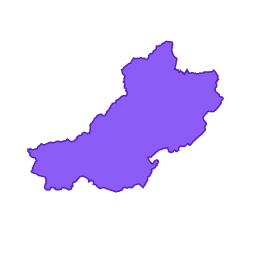 outline of Dak Ha, Kon Tum, Vietnam, rotated 224°
{"feature_id": "81297802B44208556699353", "entity_name": "Dak Ha", "entity_type": "district", "adm_level": 2, "iso_a3": "VNM", "parent_name": "Vietnam", "parent_adm1": "Kon Tum", "projection": "robinson", "projection_center": [108.001, 14.613], "detail": "fine", "context": "isolated", "style": "filled", "palette": "violet", "viewbox_px": 256, "rotation_deg": 224, "n_neighbors": 0, "source": "geoboundaries", "source_scale": "gbopen_adm2", "svg_char_len": 5812}
<svg xmlns="http://www.w3.org/2000/svg" viewBox="0 0 256 256"><g transform="rotate(224 128 128)"><path d="M185.3,43.2L184.2,42.6L183.7,41.6L180.8,42.0L180.4,40.6L179.4,40.3L177.9,40.1L175.9,40.6L174.4,42.1L173.2,41.6L170.9,41.3L171.2,39.2L170.6,38.5L170.6,37.5L169.9,36.5L169.8,35.2L169.1,34.2L169.0,32.8L167.7,32.3L167.6,29.9L167.2,29.4L165.7,29.4L164.9,30.2L163.8,30.2L162.4,31.5L161.8,31.7L159.8,31.5L154.7,34.6L153.6,35.1L152.0,34.4L151.6,34.5L151.0,34.0L150.9,33.5L150.1,32.6L149.0,32.4L148.8,31.5L148.2,31.1L148.7,30.4L148.6,30.1L148.1,29.6L146.8,27.3L146.0,26.9L144.7,26.8L143.4,27.0L141.3,29.1L141.5,29.7L141.6,31.0L142.2,31.8L142.0,32.3L139.2,33.6L138.7,34.1L138.0,33.4L137.5,33.4L136.7,33.9L136.4,34.4L135.6,34.6L135.1,35.3L134.9,36.1L134.2,36.3L133.4,37.5L133.9,38.8L133.8,39.5L131.1,41.4L129.8,41.9L128.9,41.9L127.5,42.6L126.6,44.1L126.5,44.9L127.0,46.0L128.1,46.3L128.0,47.1L127.3,47.5L127.3,48.1L128.2,48.6L129.2,49.4L129.6,50.6L129.2,51.4L128.6,52.1L128.7,53.1L128.0,54.1L128.9,55.6L128.9,56.2L128.3,57.1L128.9,58.4L128.9,59.0L128.7,59.9L128.1,60.3L127.4,61.8L124.3,63.2L120.9,63.6L120.3,63.3L118.9,61.9L118.5,62.4L118.5,64.2L118.1,65.0L117.3,64.8L116.7,65.2L115.9,65.5L115.3,65.4L113.9,63.3L111.6,65.1L110.5,64.5L106.2,64.9L104.1,68.4L101.0,69.5L91.9,74.0L91.3,75.7L90.4,76.4L90.3,77.2L89.2,79.4L89.3,80.0L89.9,80.8L89.7,82.4L88.5,83.5L86.9,84.0L86.0,86.3L84.5,87.0L83.8,87.6L83.4,89.8L83.8,91.1L83.7,91.6L81.3,95.5L75.8,95.7L76.2,96.8L76.2,98.0L76.4,99.3L77.1,100.3L77.0,101.4L77.5,102.5L77.4,103.7L79.2,105.6L79.7,106.5L79.4,107.9L79.0,108.6L80.0,111.0L79.9,112.1L81.4,114.0L82.2,113.9L82.3,114.1L81.9,115.7L81.3,116.6L81.4,117.4L81.0,118.4L81.5,119.9L81.2,121.1L81.9,121.1L82.2,121.6L81.9,123.0L82.3,123.8L82.3,124.3L83.5,125.4L85.2,125.1L85.9,122.4L85.3,119.7L85.5,119.1L86.0,118.9L86.7,118.9L87.4,119.2L87.9,118.8L90.8,119.6L93.2,120.5L92.8,120.8L92.4,122.5L91.0,123.1L91.4,125.8L90.9,127.5L90.9,128.7L91.2,129.8L90.6,131.2L90.4,133.9L89.3,135.5L88.3,137.7L85.7,141.2L82.1,139.4L81.3,139.5L79.6,140.9L79.2,141.9L79.2,144.4L78.5,144.8L77.2,144.5L76.8,144.7L76.4,145.7L76.4,146.9L76.1,147.2L76.6,147.9L77.5,148.5L77.9,150.9L77.8,151.5L77.6,151.8L76.6,152.1L75.8,152.9L75.2,153.3L74.9,153.9L74.5,154.1L74.3,154.8L74.4,156.0L74.2,158.0L73.9,158.6L72.5,158.1L71.3,158.8L71.7,163.8L71.3,169.2L71.4,170.8L70.8,173.8L70.7,175.4L71.0,180.1L71.6,180.9L73.7,182.1L74.2,185.2L75.2,185.4L75.8,186.2L76.9,185.8L77.7,186.3L78.9,186.2L81.1,187.3L81.9,190.8L81.6,192.8L82.1,194.4L82.0,195.3L81.1,196.3L78.2,198.8L77.7,200.1L77.4,202.8L77.5,205.2L78.2,210.6L78.9,211.1L79.6,212.0L79.9,215.1L80.1,215.4L80.5,215.6L81.8,215.2L82.1,215.5L82.4,215.1L84.0,214.4L85.7,215.5L86.1,215.3L87.9,215.4L89.0,215.0L90.7,215.3L91.7,216.1L92.5,216.1L92.5,216.9L92.9,217.4L93.0,219.3L93.5,219.6L93.8,220.2L94.8,221.1L96.4,221.3L96.3,222.1L96.8,223.1L96.3,223.0L96.2,223.1L96.9,224.6L96.6,225.6L97.3,225.8L97.9,226.3L98.2,226.2L98.7,226.6L99.3,227.8L100.0,228.2L100.9,227.8L102.9,228.8L106.3,229.2L106.5,229.2L106.5,226.9L111.4,221.7L112.1,221.4L112.0,219.8L114.6,217.3L114.8,216.5L116.0,214.7L116.8,214.2L117.6,214.2L117.8,213.6L119.9,212.6L120.9,211.6L121.2,210.7L121.7,210.1L122.3,210.1L122.7,209.8L123.7,210.3L125.0,210.3L125.5,211.0L126.1,211.1L125.9,210.2L125.2,209.5L125.7,208.9L124.9,208.1L125.4,207.2L125.4,206.8L124.6,206.1L124.6,205.7L125.0,205.6L125.7,206.1L126.0,205.5L126.8,206.1L127.4,205.7L127.7,206.0L128.2,206.0L128.5,205.4L129.2,205.3L130.1,205.8L129.9,204.7L130.1,204.2L129.6,202.9L130.6,204.3L131.5,204.0L132.2,204.7L132.6,204.5L132.9,203.8L133.3,203.5L134.8,203.6L135.2,202.6L135.6,203.1L135.9,203.9L136.3,204.3L137.9,207.3L139.3,209.1L140.5,211.4L141.4,211.9L143.7,211.6L145.6,211.6L146.5,212.3L147.6,212.3L149.6,213.9L150.6,213.9L152.1,216.8L153.1,216.8L153.5,218.7L154.1,219.3L155.4,220.0L155.7,220.4L156.3,220.2L160.8,216.7L161.0,215.9L160.8,215.0L161.8,213.1L161.9,211.9L161.7,211.0L162.0,209.8L162.6,209.3L163.3,207.5L164.0,207.3L164.3,206.9L164.3,206.4L163.7,205.6L162.8,204.7L162.5,203.8L162.5,203.4L163.0,202.4L163.0,201.5L163.2,200.7L162.5,199.8L162.2,198.6L163.3,197.4L163.7,196.2L163.4,194.4L162.0,192.6L161.9,190.4L162.5,190.0L164.6,189.6L166.1,187.9L167.3,187.9L168.4,185.6L169.6,185.0L170.2,183.5L172.5,182.3L172.2,181.2L172.4,180.2L171.2,176.9L172.3,174.4L172.3,172.9L172.8,171.5L172.6,169.9L173.1,168.5L172.6,167.8L172.4,166.6L173.1,165.5L172.3,165.2L169.6,163.2L166.5,163.6L166.4,162.9L165.7,162.6L165.4,160.9L163.7,159.7L163.4,157.8L162.2,158.2L161.4,157.5L160.4,157.2L159.8,156.2L159.9,155.6L159.1,155.2L158.4,154.4L156.7,155.0L155.8,154.4L155.5,153.1L153.6,153.4L151.8,151.0L152.0,150.6L151.9,149.5L152.8,149.0L153.6,148.3L154.7,145.8L154.5,144.9L154.7,144.0L154.5,143.1L155.0,141.4L155.6,140.2L155.6,139.2L154.7,138.5L154.4,137.5L154.8,137.1L156.3,134.6L155.8,133.9L155.8,132.0L154.9,130.5L155.2,129.6L154.5,128.2L154.4,126.8L154.6,124.9L154.0,124.5L153.8,123.1L153.3,122.4L153.4,120.9L153.9,120.1L155.1,119.4L155.8,119.3L156.4,119.6L156.9,119.3L158.3,117.3L158.4,116.2L158.2,115.6L158.8,114.8L158.4,114.2L158.3,112.8L158.8,111.6L157.9,109.6L157.9,108.7L157.3,107.1L157.7,105.2L157.2,103.5L155.8,102.6L154.1,100.4L153.1,99.8L153.1,98.8L152.7,97.9L152.1,97.7L153.0,95.9L155.3,95.2L156.4,94.5L157.2,92.9L157.3,92.5L156.8,91.9L156.6,90.4L156.8,89.9L157.8,89.1L158.4,86.5L158.2,85.7L157.4,85.7L157.2,85.4L157.9,83.2L157.5,81.7L158.1,80.4L159.0,79.5L159.4,78.6L160.0,78.3L161.5,78.0L163.4,78.2L164.0,78.0L164.1,77.3L163.8,76.6L163.8,75.6L165.2,74.3L165.4,73.1L166.3,72.0L167.5,70.8L168.7,70.3L170.0,68.8L171.0,66.2L172.2,64.6L173.3,64.5L173.7,64.1L174.2,62.9L174.9,62.0L176.4,57.7L178.0,56.8L178.8,56.8L179.3,56.6L179.5,55.8L179.3,54.7L179.8,52.1L179.0,50.2L180.7,47.3L181.4,45.7L182.2,45.4L183.9,45.4L183.9,44.3L185.3,43.2Z" fill="#8b5cf6" stroke="#5b21b6" stroke-width="1.5"/></g></svg>